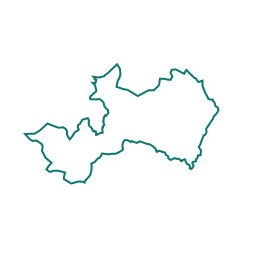 the district of Kafur, Katsina, Nigeria, rotated 40°
{"feature_id": "59680162B10083289652159", "entity_name": "Kafur", "entity_type": "district", "adm_level": 2, "iso_a3": "NGA", "parent_name": "Nigeria", "parent_adm1": "Katsina", "projection": "orthographic", "projection_center": [7.693, 11.624], "detail": "fine", "context": "isolated", "style": "outline", "palette": "teal", "viewbox_px": 256, "rotation_deg": 40, "n_neighbors": 0, "source": "geoboundaries", "source_scale": "gbopen_adm2", "svg_char_len": 4502}
<svg xmlns="http://www.w3.org/2000/svg" viewBox="0 0 256 256"><g transform="rotate(40 128 128)"><path d="M129.9,197.6L129.1,196.7L129.1,196.3L129.4,189.5L129.2,188.8L128.8,187.1L127.8,185.1L127.1,183.8L126.7,183.3L125.5,181.6L122.8,178.9L124.3,175.7L124.5,170.5L125.4,169.0L125.2,167.7L125.3,166.9L125.1,166.4L124.8,165.5L124.4,164.3L130.8,160.1L131.7,158.6L135.5,155.2L137.5,150.0L137.6,149.8L138.1,148.0L137.5,147.0L136.2,146.5L135.5,145.5L134.8,144.6L134.0,143.3L133.4,141.9L133.3,140.0L133.3,139.5L134.0,138.6L135.3,137.8L136.9,137.5L138.0,137.0L139.2,136.9L139.3,135.6L141.5,134.9L144.4,133.7L145.5,130.8L147.6,129.8L152.1,128.3L155.2,126.5L159.6,126.0L161.1,126.2L162.2,126.1L163.3,126.6L163.9,127.0L164.5,127.6L165.7,127.7L165.8,127.2L165.8,126.5L166.1,125.8L167.3,125.1L168.7,124.4L169.7,124.4L170.7,123.7L171.6,123.2L172.0,123.1L172.8,123.3L174.0,124.2L176.8,123.9L177.6,124.4L177.9,125.0L178.2,125.2L178.3,125.3L179.5,125.3L180.9,125.2L181.4,124.9L181.7,124.0L182.2,123.2L182.4,122.5L182.7,121.7L183.8,120.8L185.1,120.4L185.4,120.1L185.9,119.4L186.6,119.0L187.3,118.9L188.3,118.9L189.2,119.1L190.2,119.2L190.5,118.8L190.1,118.3L190.2,117.8L190.6,117.3L190.9,116.8L191.2,116.2L191.6,115.8L191.9,115.4L192.2,115.6L192.5,115.7L192.9,116.0L193.5,116.5L194.8,117.2L195.8,117.5L197.0,117.4L198.4,116.9L199.3,117.0L199.9,117.5L200.7,118.4L201.1,119.2L202.6,118.9L203.0,117.6L202.5,114.6L199.7,113.5L199.3,112.4L201.1,110.5L201.4,109.9L201.0,109.5L200.2,108.3L200.5,106.8L199.9,105.4L199.2,104.0L199.5,103.5L200.2,103.4L200.8,102.8L201.0,101.9L200.4,101.3L199.9,100.7L199.5,99.9L198.1,98.1L197.4,97.9L196.0,97.7L195.3,97.4L194.4,96.7L194.2,96.3L194.0,94.2L193.5,93.1L191.9,88.6L191.3,86.8L190.7,85.1L191.2,84.3L191.4,82.7L190.7,80.4L188.3,78.4L188.2,76.2L187.8,72.9L187.2,66.5L186.3,64.0L186.5,60.7L186.4,58.5L185.6,55.9L183.4,54.6L181.9,54.8L181.0,55.0L180.5,54.9L178.9,53.6L178.5,53.3L178.0,53.0L176.9,52.8L176.1,52.8L175.3,52.4L174.7,51.8L174.3,52.1L173.3,52.8L172.2,53.6L170.9,54.2L170.3,53.6L169.1,53.2L163.8,51.1L162.9,50.5L158.1,47.9L154.6,43.9L152.6,47.3L151.8,47.5L149.6,46.9L148.4,46.4L146.8,47.0L144.6,46.8L139.2,46.4L135.5,45.9L135.4,46.2L135.3,46.5L136.1,50.4L126.9,52.4L124.1,55.3L124.5,56.5L125.2,58.4L126.7,59.1L128.9,60.1L129.6,63.8L127.2,65.5L124.8,66.6L120.8,69.7L121.5,70.9L123.7,74.2L124.2,76.2L123.5,82.5L119.4,86.1L115.0,97.2L107.0,98.5L104.3,98.9L102.2,99.5L99.7,101.1L96.1,102.5L92.7,103.8L91.3,101.4L89.7,98.0L89.4,95.6L87.6,91.6L83.6,87.8L78.7,86.2L78.2,90.5L77.3,98.8L76.5,101.6L76.5,102.2L76.4,103.8L72.6,108.6L68.7,110.9L69.4,111.0L70.0,111.4L70.7,111.9L71.2,112.2L72.6,111.5L73.6,112.9L73.5,113.1L73.5,113.3L73.5,113.7L73.4,113.7L73.4,113.9L73.6,114.1L74.1,114.6L73.6,115.1L73.3,115.4L72.1,116.1L74.9,116.5L75.5,116.7L76.5,117.4L77.4,118.1L79.8,119.7L80.0,120.7L79.4,123.8L79.3,124.7L79.2,125.9L79.2,126.3L79.1,127.1L79.0,127.3L78.8,127.7L79.6,129.8L81.1,130.0L81.9,129.2L83.6,127.8L84.9,126.9L85.9,126.0L86.4,125.1L87.1,124.6L89.4,123.7L91.0,124.0L92.6,124.1L93.7,124.8L95.1,126.0L96.4,126.7L97.9,126.9L99.8,127.2L101.1,127.2L101.9,128.0L103.3,129.0L103.4,130.0L103.3,131.2L103.1,131.6L103.1,132.4L103.3,133.0L103.1,133.1L102.5,133.1L102.2,133.3L102.5,134.2L102.7,135.0L103.1,136.2L103.5,136.6L103.9,137.1L104.2,137.8L104.5,138.2L104.6,138.8L105.4,139.1L105.9,139.7L106.4,140.1L107.0,140.3L107.4,140.5L107.6,141.1L107.9,141.2L107.6,141.9L107.7,142.7L108.3,143.4L108.6,143.6L108.2,144.5L110.8,147.2L111.6,147.7L110.1,149.7L109.9,150.1L109.6,150.8L109.2,151.5L108.7,152.5L108.3,153.6L108.0,153.8L107.1,152.8L106.2,151.8L105.7,151.4L104.7,151.9L104.4,152.0L104.0,151.9L103.9,152.2L103.9,152.7L102.9,152.7L101.9,152.4L101.3,151.6L100.4,151.7L99.5,151.2L98.5,151.3L97.5,151.4L96.8,151.1L95.7,150.5L95.5,149.9L94.4,149.3L93.9,148.1L93.5,147.5L91.7,146.7L90.8,146.3L87.8,150.9L88.5,155.9L87.8,157.8L89.1,159.8L90.5,160.4L91.3,160.8L91.4,161.0L91.4,161.4L89.9,165.8L90.6,169.8L90.7,174.2L90.1,174.1L85.7,172.4L84.9,171.5L83.3,169.7L81.9,169.1L80.5,168.7L77.7,169.3L74.8,172.3L71.9,173.5L63.4,176.4L62.2,185.8L60.2,192.3L53.0,198.7L54.4,199.0L60.0,199.7L63.3,199.3L63.9,198.5L65.8,196.5L67.5,196.2L69.6,196.0L72.4,195.9L74.2,196.7L74.9,197.5L75.6,198.8L76.6,200.7L79.3,201.8L83.5,203.7L86.1,203.8L91.8,203.8L91.7,208.3L92.1,212.1L95.8,212.1L97.2,210.9L98.0,209.3L99.5,207.6L101.2,206.2L105.0,204.1L107.8,203.0L108.4,202.6L110.9,207.6L112.0,208.3L120.2,207.0L124.5,200.8L127.4,198.6L127.6,198.5L127.8,198.4L129.9,197.6Z" fill="none" stroke="#0f766e" stroke-width="2"/></g></svg>